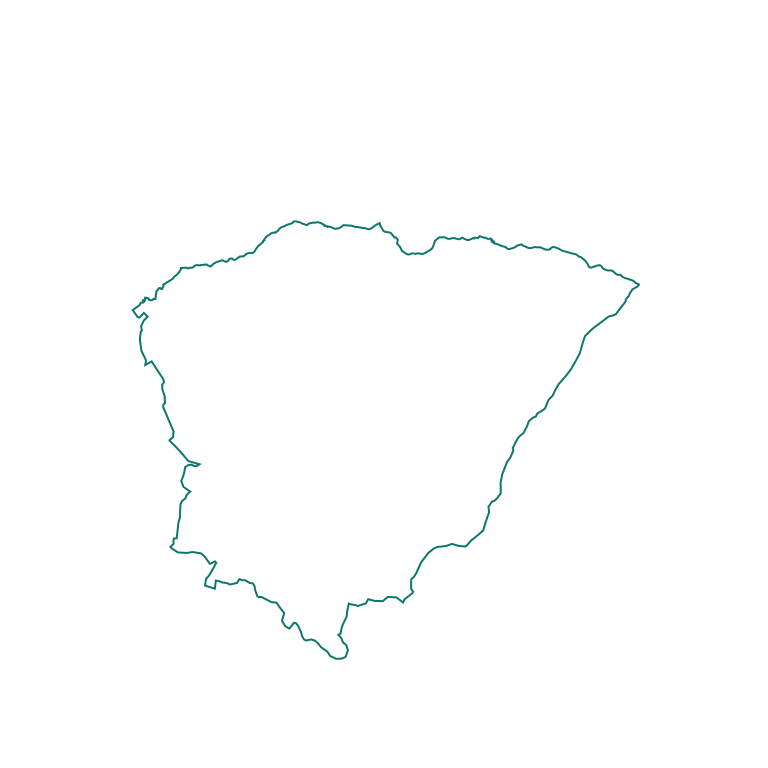 outline of Barbuletu, Dâmbovita, Romania, rotated 57°
{"feature_id": "2599482B33766415063950", "entity_name": "Barbuletu", "entity_type": "district", "adm_level": 2, "iso_a3": "ROU", "parent_name": "Romania", "parent_adm1": "Dâmbovita", "projection": "mercator", "projection_center": [25.286, 45.144], "detail": "fine", "context": "isolated", "style": "outline", "palette": "teal", "viewbox_px": 768, "rotation_deg": 57, "n_neighbors": 0, "source": "geoboundaries", "source_scale": "gbopen_adm2", "svg_char_len": 6165}
<svg xmlns="http://www.w3.org/2000/svg" viewBox="0 0 768 768"><g transform="rotate(57 384 384)"><path d="M588.5,573.7L591.3,569.0L591.9,564.9L587.6,559.2L582.6,557.9L580.8,558.2L578.9,559.1L576.4,558.8L574.4,558.2L571.8,558.5L569.6,558.9L569.6,556.5L568.3,555.0L565.8,552.8L563.9,550.3L561.1,546.0L558.7,542.0L554.6,538.7L549.0,533.2L550.9,531.7L553.6,528.6L556.0,526.7L558.1,518.6L555.9,514.4L560.5,510.3L565.4,503.4L564.7,496.7L569.7,489.8L577.6,487.0L575.8,484.0L574.9,474.4L574.1,472.7L570.6,472.8L566.2,470.0L562.6,467.4L562.0,463.7L560.2,460.0L553.7,449.7L549.8,438.9L549.1,431.8L549.8,427.8L553.7,420.2L555.1,414.1L560.8,409.2L564.8,403.9L562.7,395.8L561.8,386.9L560.7,380.4L554.3,372.8L548.7,365.6L543.9,363.3L541.3,357.2L542.1,355.7L541.5,351.5L539.4,345.9L536.0,343.5L530.3,340.0L524.2,334.1L516.7,323.6L514.6,318.4L511.0,312.8L509.6,311.3L507.8,310.9L502.4,301.4L501.4,297.5L501.1,293.7L497.3,287.0L494.1,282.8L493.4,277.4L493.9,274.2L492.2,271.5L492.5,265.0L492.2,262.3L487.0,254.7L485.5,248.7L482.3,243.6L479.3,237.7L475.9,225.9L473.7,219.7L469.9,212.2L465.0,203.2L456.8,193.8L453.4,189.5L451.2,178.9L449.8,158.7L451.5,153.6L451.7,151.5L446.4,136.5L444.7,135.1L443.3,130.4L441.8,128.5L439.9,123.9L440.3,118.8L439.7,116.5L439.4,116.1L438.8,116.1L436.4,117.9L433.3,118.6L428.3,122.5L426.3,124.3L424.3,125.5L421.2,126.2L419.5,128.8L417.8,129.5L413.7,130.7L412.4,131.7L411.2,133.7L409.7,135.5L406.2,137.5L403.7,137.5L402.5,137.9L401.5,138.9L400.9,140.4L400.6,141.7L400.0,143.6L399.3,146.8L398.2,147.9L396.9,148.3L394.3,147.9L391.6,148.0L388.6,148.5L384.6,149.9L383.5,151.1L380.6,152.0L379.3,152.8L376.8,155.3L369.0,162.1L365.5,163.9L362.9,165.8L361.2,167.5L360.9,168.5L361.0,170.1L361.3,171.1L361.2,172.5L359.4,175.1L356.7,177.1L354.7,178.2L354.0,179.2L353.0,180.9L351.6,182.5L351.0,183.7L350.5,185.4L349.4,187.9L348.0,189.2L346.2,190.3L343.8,192.0L341.8,192.7L341.5,193.5L340.6,196.4L340.4,198.3L340.6,198.7L340.7,199.5L340.4,201.0L339.3,204.9L338.7,205.9L337.0,207.2L335.6,207.3L335.2,207.6L332.7,209.8L327.3,213.6L326.6,214.7L325.7,215.1L325.1,214.8L324.8,214.2L324.5,214.1L324.0,214.7L324.1,215.8L323.1,216.1L322.0,215.7L322.1,214.9L321.0,214.9L320.2,215.3L319.0,217.7L318.1,218.5L316.8,218.9L315.7,220.6L312.0,223.3L312.9,225.5L311.0,227.7L311.1,229.2L310.1,229.9L309.7,233.7L308.5,235.9L306.3,237.4L303.9,238.7L303.7,241.6L303.2,242.7L299.5,246.0L297.9,250.1L296.8,251.5L295.4,252.1L293.7,253.6L292.1,256.3L291.1,257.6L291.6,262.7L291.8,263.4L295.0,267.3L296.5,269.7L296.5,270.9L296.8,272.1L296.5,277.9L296.2,280.4L292.6,284.9L291.9,286.8L290.2,288.6L289.5,289.9L289.3,291.5L288.7,293.1L287.4,294.1L282.5,296.4L277.5,295.9L275.3,296.4L273.2,296.5L270.6,293.8L267.2,294.5L266.8,295.4L260.7,296.1L256.8,300.3L255.3,301.1L250.7,300.9L249.0,301.0L248.1,300.4L246.7,300.0L246.3,303.3L246.3,306.2L246.5,307.3L246.4,309.0L246.4,311.7L245.6,312.9L242.9,315.2L242.5,315.4L242.0,316.4L237.0,321.6L236.9,322.6L236.2,322.8L235.6,323.2L234.2,324.7L233.6,324.9L228.7,331.5L229.0,335.9L228.6,337.5L227.2,340.5L226.5,341.2L225.1,341.9L222.5,343.9L221.1,345.4L221.5,345.8L219.3,346.9L219.5,347.2L219.0,347.9L217.5,347.7L216.2,348.7L215.5,348.6L213.4,350.3L211.9,351.9L211.0,354.3L210.5,354.8L208.8,358.5L208.6,359.5L208.8,362.1L204.8,365.3L203.6,365.8L202.3,366.8L200.1,368.8L199.3,369.8L198.5,371.5L199.1,373.1L198.8,374.7L197.5,379.5L197.4,381.6L196.6,385.1L196.9,387.5L197.7,389.3L198.0,392.6L197.4,392.7L196.8,394.8L196.3,395.5L196.2,396.4L196.5,399.9L196.2,400.9L196.9,404.0L197.6,405.9L198.4,406.1L198.1,407.3L199.1,408.3L199.4,411.1L199.7,412.3L199.7,413.9L200.9,417.4L202.7,421.2L202.7,422.2L202.3,423.2L201.1,425.2L200.6,425.9L200.3,426.5L200.0,428.5L200.4,432.3L198.6,435.4L198.7,439.4L198.9,440.6L198.7,441.4L197.9,442.5L196.1,443.1L195.3,444.0L194.9,445.8L195.9,448.0L196.0,449.0L195.2,450.3L192.2,452.1L190.5,458.2L190.3,461.5L190.6,463.3L190.9,464.1L191.0,465.5L189.8,466.2L188.6,467.2L187.1,467.7L186.9,468.0L186.6,468.9L185.3,471.0L185.0,472.0L184.4,472.7L184.4,473.5L184.2,474.0L182.9,475.4L182.3,476.3L181.8,477.8L181.9,479.0L182.1,480.4L182.1,481.2L181.6,482.2L180.7,483.5L180.6,483.9L180.4,485.3L180.2,485.6L179.1,486.0L176.9,489.6L176.1,491.1L177.2,491.7L178.2,494.2L178.7,494.7L178.6,495.7L179.5,497.5L179.5,498.9L179.7,500.0L179.8,501.5L180.5,503.0L180.8,506.7L180.5,510.3L180.7,513.0L180.3,514.4L180.5,515.0L182.0,515.8L183.5,518.6L182.5,519.3L181.5,519.4L181.2,520.0L181.1,521.0L181.7,522.0L182.0,523.3L182.8,525.0L184.5,526.0L184.7,526.6L185.1,527.0L186.5,527.7L187.8,529.7L188.0,529.7L187.1,531.2L187.5,532.8L186.7,534.1L185.3,535.4L184.1,534.9L183.5,535.0L183.1,535.8L181.9,536.7L181.5,537.3L181.9,537.7L182.4,537.3L182.6,537.4L183.2,538.7L183.5,539.8L182.4,540.4L182.5,540.7L183.9,540.7L184.2,540.2L184.5,540.8L184.6,541.5L183.4,543.8L184.7,545.8L185.1,554.4L193.9,554.2L195.1,552.7L193.6,546.7L198.8,545.5L200.0,551.0L203.4,556.4L204.5,556.7L207.4,558.0L207.5,559.3L213.3,564.3L223.8,569.3L234.6,570.7L238.1,573.9L238.5,566.6L259.5,566.5L262.5,567.3L263.9,570.4L267.7,572.8L274.3,574.4L280.6,578.0L281.1,580.2L282.8,581.7L309.6,586.4L310.9,587.8L313.7,589.8L314.2,594.1L314.6,594.7L326.9,592.1L342.1,590.0L350.8,582.5L350.7,586.0L349.4,588.1L346.9,589.2L345.4,592.1L345.6,596.2L349.8,600.1L352.5,603.5L355.0,606.9L361.0,608.2L364.0,607.1L368.6,605.1L368.8,606.7L369.6,610.0L371.8,612.9L372.1,616.9L374.1,620.2L378.2,623.3L384.6,627.6L388.2,631.8L400.4,641.8L399.2,644.4L400.3,645.6L403.4,647.5L404.4,651.9L406.6,651.4L413.0,648.6L418.3,641.4L420.7,636.0L426.5,629.6L431.9,628.3L439.8,628.0L440.3,627.4L440.7,622.4L442.8,622.1L443.1,623.1L444.8,626.1L449.2,634.7L450.7,639.5L455.6,643.9L463.5,637.3L457.3,632.1L459.9,629.3L461.9,628.2L465.4,624.2L468.3,622.3L470.8,615.7L468.9,611.6L471.3,609.7L473.3,607.1L477.5,605.1L479.8,602.6L483.2,602.7L485.9,604.0L489.0,604.9L492.9,605.8L494.4,605.2L495.9,602.7L505.8,597.1L508.7,593.3L512.1,593.2L518.3,592.8L521.7,592.4L527.1,598.6L533.4,598.7L537.6,596.6L535.2,589.5L536.9,588.0L540.1,587.8L547.0,588.7L550.7,590.0L554.6,590.2L556.6,589.2L558.6,584.2L561.4,581.8L565.1,580.7L570.7,580.1L576.5,577.7L578.6,577.2L582.7,577.3L588.5,573.7Z" fill="none" stroke="#0f766e" stroke-width="2"/></g></svg>